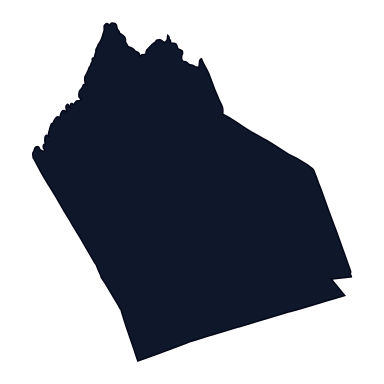 Tan Hong, Ðong Tháp, Vietnam (Equal Earth projection)
{"feature_id": "81297802B34572770830938", "entity_name": "Tan Hong", "entity_type": "district", "adm_level": 2, "iso_a3": "VNM", "parent_name": "Vietnam", "parent_adm1": "Ðong Tháp", "projection": "equal_earth", "projection_center": [105.442, 10.879], "detail": "fine", "context": "isolated", "style": "filled", "palette": "ink", "viewbox_px": 384, "rotation_deg": 0, "n_neighbors": 0, "source": "geoboundaries", "source_scale": "gbopen_adm2", "svg_char_len": 5583}
<svg xmlns="http://www.w3.org/2000/svg" viewBox="0 0 384 384"><path d="M344.7,295.5L335.0,283.7L331.3,279.1L351.3,276.9L351.2,276.2L350.7,275.0L350.3,273.8L350.3,273.1L350.6,272.6L350.7,272.2L350.7,271.7L350.6,271.4L350.1,269.8L336.3,231.1L329.9,214.1L326.7,205.3L321.0,189.3L318.9,184.1L316.3,176.9L314.8,173.2L314.0,170.8L313.4,169.7L312.5,168.7L307.4,164.8L296.5,158.2L288.9,154.5L274.0,144.9L268.7,141.6L250.3,131.3L243.5,127.0L236.6,122.3L228.2,117.0L224.8,115.3L222.9,114.2L222.7,113.8L222.9,111.4L222.8,109.4L222.6,107.8L221.7,105.2L218.8,99.3L217.4,95.7L215.0,90.2L210.4,77.9L208.9,73.9L207.2,70.3L204.1,64.7L202.3,60.9L201.6,58.9L201.2,58.7L201.1,58.9L200.3,59.7L199.9,60.2L199.6,61.0L199.4,62.1L199.4,63.3L199.3,64.1L199.1,65.4L199.1,66.2L198.9,67.3L198.8,67.9L198.7,67.7L198.2,67.3L197.7,67.1L196.7,67.0L196.3,67.1L195.8,67.2L195.6,67.1L194.8,66.5L194.4,66.2L193.2,65.5L191.7,65.0L190.2,64.8L189.1,64.4L188.3,63.8L187.1,62.6L186.6,62.2L186.0,61.9L185.0,61.6L183.6,61.5L182.9,61.2L182.7,61.1L182.2,60.3L181.9,59.7L181.7,59.2L181.6,58.7L181.6,57.9L181.6,56.9L181.7,56.0L182.0,55.0L182.6,53.5L182.6,52.8L182.6,52.0L182.4,51.3L182.1,50.8L181.8,50.6L180.6,49.9L178.5,49.1L178.2,48.9L177.7,48.2L176.6,45.0L176.1,44.2L175.6,43.8L175.0,43.5L174.3,43.3L171.2,43.2L170.9,43.0L170.7,42.6L170.6,42.1L170.5,40.9L170.3,40.2L169.4,39.3L169.2,39.0L169.2,38.7L169.0,37.0L168.7,36.3L167.8,35.4L167.5,36.8L167.5,37.2L167.4,38.5L167.3,39.2L167.1,39.9L166.5,40.7L165.4,42.3L165.1,42.4L164.8,42.3L163.8,42.0L163.3,41.7L162.5,41.2L161.7,40.6L160.9,40.1L160.2,39.8L159.7,39.7L159.3,39.7L157.0,40.1L156.6,40.3L155.8,41.2L155.3,41.9L154.8,42.5L154.5,42.8L153.5,43.3L152.9,43.8L151.7,44.8L151.2,45.4L150.7,46.0L149.8,46.8L149.2,47.4L148.3,48.5L147.0,49.7L146.5,50.5L146.3,51.2L146.1,52.2L146.0,53.7L145.9,53.8L145.7,54.0L144.7,54.5L144.2,54.6L143.1,54.6L142.5,54.6L141.8,54.8L141.1,55.3L140.4,56.0L140.1,56.1L139.9,56.1L139.8,55.9L139.6,55.5L139.3,54.0L138.9,53.3L138.3,52.6L137.9,52.3L137.1,51.9L136.1,51.5L135.6,51.3L135.0,50.9L134.6,50.6L134.3,49.9L133.8,49.4L133.2,48.9L132.5,48.4L131.7,48.0L129.8,47.2L128.9,46.9L128.3,46.8L128.0,46.5L127.9,46.3L127.5,45.5L126.9,44.4L125.8,42.8L125.6,42.3L125.5,41.6L125.5,40.6L125.5,39.7L125.3,38.6L125.0,37.8L124.6,37.0L124.0,36.4L123.5,35.9L121.3,34.2L120.6,33.8L120.2,33.7L119.8,33.3L119.6,32.9L119.0,31.3L118.6,30.7L118.3,30.2L117.6,29.6L117.4,29.2L117.0,27.9L116.5,25.3L116.0,24.5L115.5,23.9L115.1,23.6L114.5,23.3L113.9,23.3L113.4,23.3L112.2,23.0L111.7,23.1L111.1,23.4L110.5,23.9L110.0,24.7L109.7,24.9L109.4,25.0L108.1,24.8L107.9,24.7L107.9,24.4L108.0,24.0L107.3,23.6L106.1,23.6L105.9,24.2L105.7,24.3L105.2,24.6L104.6,25.1L104.2,25.8L104.1,26.7L104.2,29.3L104.1,30.5L104.0,31.0L103.3,33.0L102.9,34.3L102.7,35.2L102.4,36.1L102.2,37.0L101.8,38.1L100.8,40.4L99.6,42.6L98.4,44.3L98.0,45.0L97.7,46.0L97.4,46.7L96.4,48.6L96.0,49.4L95.9,50.2L95.8,51.6L95.7,52.5L94.9,55.0L94.6,56.3L94.5,57.2L94.3,57.8L93.4,57.8L92.7,58.2L92.3,58.7L92.2,59.3L92.3,61.2L92.1,61.8L91.8,62.3L91.4,62.9L91.1,63.5L90.6,65.6L90.5,65.8L90.2,66.1L89.6,66.7L89.2,67.4L88.7,68.7L88.2,70.4L87.8,71.1L87.3,72.0L86.5,74.0L85.3,75.9L85.0,76.4L84.8,77.9L84.7,79.1L84.7,80.6L85.0,82.2L85.1,82.6L85.5,83.3L85.7,84.1L84.4,84.3L83.8,84.5L83.3,84.9L83.0,85.5L82.7,86.7L82.4,87.2L82.1,87.8L81.5,88.5L80.9,89.3L80.2,90.1L79.6,90.9L79.2,91.9L79.0,93.6L78.8,95.3L79.0,96.6L79.3,97.4L80.0,98.1L81.1,98.8L81.6,99.0L81.4,99.2L80.8,99.8L80.1,100.3L79.5,100.7L79.2,100.8L77.4,100.8L76.6,101.0L76.1,101.4L75.5,102.1L74.9,102.9L74.5,103.8L74.1,104.3L73.8,104.4L73.3,104.3L73.0,104.1L72.5,103.8L72.0,103.5L71.5,103.5L70.9,103.8L70.5,104.5L70.4,105.9L70.3,107.5L70.2,107.4L70.0,107.2L68.8,105.9L68.4,105.3L68.4,104.9L68.0,104.5L67.5,104.3L66.8,104.9L66.1,105.8L65.9,106.9L66.1,108.7L66.2,109.2L66.5,110.5L66.6,111.0L66.6,111.6L66.5,111.9L66.4,111.9L65.7,111.7L65.3,111.4L65.1,111.1L64.5,110.7L64.1,110.6L63.7,110.5L62.8,110.7L62.1,111.3L61.6,112.1L61.0,113.2L60.6,114.3L60.5,114.8L60.1,116.5L60.1,117.4L60.0,117.7L59.9,117.9L59.6,117.8L59.3,117.7L58.6,117.1L58.1,116.8L57.4,116.8L56.7,117.1L56.1,117.6L55.5,118.4L54.0,120.8L53.6,121.6L53.4,122.3L53.1,122.8L52.9,123.1L52.6,123.3L52.1,123.4L51.5,123.8L51.1,124.5L49.9,128.1L49.7,128.7L49.5,129.9L49.2,130.9L48.8,132.1L48.5,133.8L48.5,134.8L48.6,135.8L48.6,136.3L48.4,136.4L47.4,135.7L47.1,135.4L46.7,135.2L46.2,135.4L45.7,135.8L45.3,136.3L45.0,137.3L44.9,138.3L44.8,140.3L44.8,141.6L45.0,142.5L45.5,143.5L45.6,143.9L45.4,144.1L45.2,144.1L44.9,144.1L44.3,144.2L43.8,144.7L43.4,145.2L43.2,146.1L43.3,147.0L43.4,147.9L43.7,148.7L44.2,149.2L44.7,149.5L44.9,149.7L44.9,149.9L44.9,150.1L44.0,151.0L43.5,151.3L43.1,151.2L42.8,151.2L42.1,150.8L40.5,150.0L40.2,149.7L39.5,148.8L39.4,148.5L39.1,147.6L38.8,147.2L38.3,146.9L37.7,146.6L37.0,146.7L36.4,146.8L35.6,147.2L35.0,147.9L34.6,148.7L34.3,149.9L33.7,151.5L33.2,152.2L32.8,153.2L32.7,154.1L32.7,154.7L32.8,155.6L33.2,156.9L33.2,157.2L33.2,157.3L33.0,157.7L33.6,158.4L33.9,158.9L40.5,171.3L42.5,174.9L47.0,182.4L47.8,183.8L49.2,185.9L55.8,196.7L57.3,199.3L64.3,211.4L66.5,215.0L67.0,215.9L68.8,218.7L73.1,226.1L77.6,233.5L79.9,237.2L88.5,252.1L92.8,259.4L93.8,261.2L94.9,263.0L96.1,264.6L98.4,270.3L100.4,274.7L101.4,277.7L105.5,283.8L110.4,292.0L118.8,306.1L119.9,308.4L120.8,309.0L122.1,313.7L124.3,320.7L126.2,326.7L133.7,348.6L137.0,358.6L137.8,361.0L148.8,357.1L161.9,352.3L187.2,342.8L188.6,342.1L196.4,339.8L204.6,337.1L228.0,330.1L238.6,326.8L238.8,327.0L256.2,321.7L289.1,311.8L289.6,311.8L299.0,309.2L313.8,304.8L326.1,301.0L333.5,298.9L344.7,295.5Z" fill="#0f172a" stroke="#020617" stroke-width="1.5"/></svg>